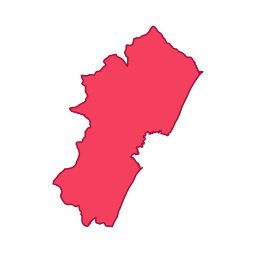 the district of Padang Pariaman, Sumatera Barat, Indonesia, rotated 251°
{"feature_id": "22746128B3683779023382", "entity_name": "Padang Pariaman", "entity_type": "district", "adm_level": 2, "iso_a3": "IDN", "parent_name": "Indonesia", "parent_adm1": "Sumatera Barat", "projection": "orthographic", "projection_center": [100.243, -0.567], "detail": "fine", "context": "isolated", "style": "filled", "palette": "rose", "viewbox_px": 256, "rotation_deg": 251, "n_neighbors": 0, "source": "geoboundaries", "source_scale": "gbopen_adm2", "svg_char_len": 5813}
<svg xmlns="http://www.w3.org/2000/svg" viewBox="0 0 256 256"><g transform="rotate(251 128 128)"><path d="M42.0,76.4L40.0,81.0L43.2,83.9L46.1,87.1L47.6,89.0L48.1,89.4L49.6,90.2L52.2,91.9L55.6,95.1L59.4,98.2L68.2,106.3L72.5,111.1L75.6,115.1L81.0,120.3L82.3,122.0L83.6,124.1L84.8,126.4L85.7,128.5L85.8,128.5L85.6,128.1L85.7,127.0L85.9,126.6L86.4,126.2L87.1,125.9L87.8,126.1L87.8,126.5L88.3,126.5L88.9,126.2L89.5,125.5L90.2,126.3L90.9,126.3L91.3,126.1L91.8,125.3L92.1,125.0L95.2,124.0L96.3,124.0L96.6,123.5L96.9,123.3L97.4,123.5L97.7,123.4L97.8,123.2L98.5,122.9L99.0,121.8L99.2,121.5L99.6,121.5L100.0,121.7L100.5,122.3L101.1,122.7L101.5,123.5L101.8,125.8L101.4,126.4L100.6,126.5L100.4,126.6L100.4,126.8L100.6,127.6L100.3,127.8L100.1,128.3L100.1,129.7L100.9,130.0L101.5,129.8L101.6,130.0L101.9,129.9L102.4,129.3L102.6,129.2L103.2,129.9L104.8,130.1L105.1,130.1L105.6,129.7L106.3,129.4L106.6,129.4L107.2,130.4L107.0,130.9L106.8,131.1L106.4,132.5L106.7,133.3L106.6,133.7L105.5,134.6L105.4,135.1L105.6,135.7L106.3,136.0L107.9,135.6L108.6,135.9L107.7,137.8L108.7,138.5L109.4,138.2L109.9,137.8L110.3,137.7L110.7,137.9L110.8,138.7L110.9,139.0L111.9,140.4L112.3,140.8L112.6,140.7L112.8,141.0L114.1,139.7L114.5,140.0L115.2,140.0L115.2,140.5L114.9,141.6L115.5,141.9L115.7,142.6L115.9,142.6L116.8,142.5L117.4,142.8L117.7,143.8L118.2,145.3L118.1,145.5L117.6,145.6L116.3,146.2L115.7,146.3L115.3,146.2L115.2,146.5L115.6,147.1L116.2,146.8L116.3,147.0L116.2,147.8L115.6,147.5L115.2,147.7L115.0,148.7L115.1,149.2L115.0,149.7L115.1,149.8L116.0,150.3L116.3,150.5L116.3,150.8L115.3,151.5L115.0,152.6L115.0,154.1L114.6,154.7L114.7,155.3L114.3,155.6L114.0,155.6L113.6,155.4L113.4,155.5L113.5,155.9L114.4,156.3L115.0,157.1L115.1,157.4L114.9,158.3L114.7,158.4L113.9,157.8L112.6,157.8L112.0,157.5L111.5,158.7L111.2,158.9L111.0,159.0L110.7,159.4L110.6,160.1L109.0,161.9L108.5,162.2L108.3,162.8L108.0,163.0L108.3,163.6L108.3,164.0L108.4,164.3L109.4,164.3L109.6,164.6L109.9,165.4L110.1,166.7L113.3,170.1L118.7,175.3L119.7,176.7L123.4,180.3L125.8,182.3L130.7,186.1L137.3,192.8L144.8,199.9L147.7,203.2L150.3,206.4L153.3,210.4L155.5,213.7L156.5,215.7L156.5,216.4L156.8,216.8L157.2,216.3L157.7,215.2L157.5,214.4L156.7,213.6L156.7,213.2L156.9,212.9L157.4,213.0L158.0,213.6L158.5,213.6L159.0,213.0L159.4,212.8L160.7,213.0L161.7,212.9L162.4,212.8L162.9,212.5L164.5,212.7L165.0,212.4L166.0,212.1L166.8,212.2L167.6,212.6L168.1,212.5L168.8,212.0L169.9,211.9L170.6,211.6L173.2,211.1L174.3,210.3L176.1,206.4L176.6,205.9L178.0,205.8L181.2,203.8L182.0,203.1L183.6,201.0L185.3,200.1L186.8,199.5L188.0,197.4L188.6,196.8L193.9,194.7L194.5,194.2L195.5,192.5L196.6,192.1L199.0,191.9L200.8,191.5L201.7,190.8L201.9,190.5L202.6,190.6L203.9,190.6L206.5,189.8L209.3,187.8L210.6,187.3L212.4,187.1L214.2,186.2L215.4,185.6L216.0,184.3L215.5,183.9L215.5,183.3L214.6,181.8L212.7,180.0L211.3,177.6L210.5,175.8L210.4,174.3L210.4,171.2L209.4,168.4L209.6,167.7L210.4,165.6L210.3,164.4L210.4,163.4L210.3,162.6L205.7,159.7L205.3,159.2L205.3,158.5L205.5,157.5L205.5,156.4L205.8,155.7L206.6,154.6L206.8,154.0L206.5,153.2L206.2,153.0L204.3,152.4L202.6,151.6L201.6,150.2L200.0,149.3L199.3,149.3L198.7,149.7L197.8,149.5L196.8,149.7L196.3,149.6L195.7,150.0L195.0,150.9L194.7,151.0L193.9,150.4L192.6,150.1L190.9,149.4L190.4,149.1L190.0,149.0L189.3,148.6L188.9,148.7L188.2,148.5L187.9,148.3L187.6,147.9L186.8,147.6L186.8,147.4L187.0,147.3L188.1,147.1L193.0,145.8L195.0,144.9L197.7,142.6L197.9,142.0L199.1,141.0L199.6,140.8L201.1,140.7L201.7,140.0L201.8,139.6L201.9,135.8L202.3,134.3L202.2,133.7L201.1,131.6L200.8,130.4L200.6,130.1L200.4,128.6L200.0,127.8L199.1,126.9L198.6,126.6L198.0,126.7L196.7,127.3L195.6,127.6L194.9,127.5L194.2,126.9L193.9,125.4L193.3,123.8L191.7,121.4L191.1,120.2L191.0,119.2L191.4,117.4L191.5,116.6L191.3,116.1L190.3,114.7L189.5,114.0L189.3,113.4L189.2,113.0L189.6,111.7L190.4,110.6L190.9,109.3L190.6,106.8L191.1,105.0L192.9,101.2L191.8,101.0L191.1,100.6L188.7,101.0L187.4,101.3L187.1,101.2L185.2,99.0L185.0,98.9L184.3,99.0L181.3,101.4L179.8,101.1L178.7,100.4L176.3,99.7L174.9,99.8L173.6,100.3L172.5,100.1L171.8,100.3L171.2,100.3L169.6,98.1L168.7,97.3L167.3,96.8L166.6,95.1L166.3,92.4L166.0,91.5L165.9,90.1L165.1,87.9L164.8,85.6L164.8,83.9L165.2,82.8L165.7,80.8L165.5,79.2L164.3,79.2L162.3,80.2L159.9,83.3L159.9,83.7L158.6,85.2L157.5,87.0L156.4,88.0L155.7,88.9L154.8,90.8L154.5,90.6L154.1,90.6L153.4,91.3L153.1,91.3L152.7,91.6L152.1,91.6L151.5,91.9L150.7,92.5L150.7,92.8L150.1,92.8L150.1,93.2L149.9,93.4L147.4,94.3L146.2,94.3L144.8,93.6L143.4,93.3L143.3,93.1L142.0,93.2L141.0,92.8L140.9,92.6L140.9,90.1L140.4,89.1L138.9,87.3L138.1,86.1L137.3,85.9L136.5,85.9L134.9,85.1L133.9,85.1L133.4,84.1L132.7,82.5L132.2,82.2L131.8,81.5L130.8,81.0L130.0,80.2L129.9,79.5L130.0,78.9L131.1,76.1L131.0,75.4L130.5,74.2L129.4,73.7L128.8,74.1L127.9,74.1L127.2,74.0L125.8,73.6L124.3,74.3L122.9,74.0L122.1,74.3L121.4,73.9L120.4,74.0L117.9,72.9L117.1,72.0L116.1,71.8L115.0,70.4L114.4,70.4L112.9,68.4L111.2,67.5L109.5,65.4L108.9,63.4L108.7,61.1L108.8,59.6L109.1,57.4L109.8,54.7L108.8,53.6L107.5,50.4L107.0,48.3L105.5,46.2L102.0,40.5L100.1,39.2L99.3,39.2L97.6,42.0L96.6,42.2L96.1,43.2L94.7,44.4L90.8,44.9L88.9,44.7L88.1,44.3L87.7,43.9L86.7,42.6L84.5,42.1L83.3,42.2L80.4,42.8L77.2,43.8L75.3,45.9L74.6,48.4L73.7,50.6L71.8,52.0L70.6,53.2L70.8,53.6L70.6,54.3L71.0,55.0L70.7,55.9L69.8,56.2L67.6,55.7L65.9,55.6L64.2,56.5L63.9,56.5L63.5,56.5L61.7,55.4L61.1,55.5L59.9,56.0L55.8,54.4L53.8,54.0L51.2,54.6L49.3,55.9L49.1,56.5L48.6,57.1L48.3,57.8L48.6,58.2L48.6,58.7L49.2,59.7L50.0,59.8L50.2,60.1L50.0,61.0L50.5,61.6L51.4,61.7L51.7,62.0L51.8,62.9L52.2,63.8L53.4,66.2L53.5,68.2L51.5,67.6L50.8,67.2L49.6,67.0L48.6,67.2L48.0,68.4L47.5,68.6L46.9,69.7L46.4,70.0L46.4,70.9L46.6,71.3L46.6,71.9L46.3,74.0L45.7,74.9L44.0,74.9L42.9,75.1L42.0,76.4Z" fill="#f43f5e" stroke="#9f1239" stroke-width="1.5"/></g></svg>